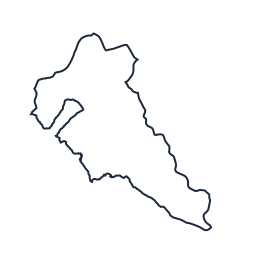 Lapusnicel, Caras-Severin, Romania (Robinson projection), rotated 190°
{"feature_id": "2599482B99041788642563", "entity_name": "Lapusnicel", "entity_type": "district", "adm_level": 2, "iso_a3": "ROU", "parent_name": "Romania", "parent_adm1": "Caras-Severin", "projection": "robinson", "projection_center": [22.192, 45.003], "detail": "fine", "context": "isolated", "style": "outline", "palette": "slate", "viewbox_px": 256, "rotation_deg": 190, "n_neighbors": 0, "source": "geoboundaries", "source_scale": "gbopen_adm2", "svg_char_len": 5757}
<svg xmlns="http://www.w3.org/2000/svg" viewBox="0 0 256 256"><g transform="rotate(190 128 128)"><path d="M225.8,124.9L225.1,125.2L224.9,125.2L223.6,124.9L222.3,124.5L221.0,124.6L220.5,124.3L220.2,123.9L220.1,122.7L219.9,122.2L219.2,121.7L218.6,120.8L218.3,120.6L218.0,120.3L217.7,119.5L217.5,119.3L216.9,118.9L216.1,118.7L215.7,118.5L215.5,118.3L215.4,117.8L215.0,117.2L214.5,116.9L213.3,116.2L212.2,114.7L211.8,113.7L211.6,113.5L211.2,113.2L210.3,112.9L209.4,113.0L208.5,113.4L207.5,113.6L205.2,114.0L205.0,114.6L204.8,115.4L204.4,115.7L203.3,117.5L203.3,117.8L203.4,118.3L203.2,118.7L202.3,120.4L201.9,121.0L201.9,122.5L201.8,123.5L201.6,124.0L201.3,124.4L200.9,124.9L200.9,125.2L200.9,125.5L200.7,125.7L200.6,126.0L200.2,126.4L200.0,126.7L199.6,127.2L199.0,128.2L198.7,129.0L198.1,129.8L197.8,131.0L197.3,131.9L197.2,132.4L196.4,134.0L195.9,134.6L195.4,135.8L195.4,136.0L195.6,136.4L195.8,138.1L195.5,138.4L194.8,141.8L195.0,143.3L195.0,143.6L194.9,143.9L193.8,145.0L192.1,145.8L191.7,145.8L189.3,145.6L187.5,146.5L186.1,146.1L185.8,145.8L184.8,145.9L184.4,145.6L183.6,145.4L181.6,144.7L178.7,142.3L176.1,139.8L175.3,138.3L176.0,137.5L179.8,134.5L180.9,133.7L181.1,133.1L181.9,131.9L183.0,130.4L183.6,130.0L184.5,128.9L185.5,128.2L187.0,125.8L187.4,124.3L188.0,123.2L188.6,122.5L188.9,122.3L189.6,121.6L189.7,121.3L190.6,119.7L190.9,119.6L191.1,119.1L191.5,118.7L191.4,118.5L192.2,117.2L192.9,116.3L194.0,115.3L194.3,114.8L195.2,112.7L195.2,111.6L195.3,111.4L196.0,110.8L196.2,110.5L196.4,109.8L196.4,108.3L196.7,108.1L197.7,107.7L197.3,107.2L195.1,106.7L193.6,106.2L193.5,105.8L193.7,105.1L193.7,104.8L193.6,104.5L191.7,102.0L191.3,102.2L189.7,103.5L188.7,104.0L187.8,103.9L186.8,103.5L186.5,103.3L186.5,103.1L186.5,102.3L186.3,101.7L185.9,101.1L183.7,99.4L182.6,98.8L182.1,98.4L181.6,97.7L181.2,97.3L179.7,96.6L179.0,95.6L177.7,94.0L176.1,93.4L175.4,93.7L174.2,93.8L173.6,93.9L173.4,94.1L172.7,94.5L172.1,94.3L171.5,94.5L170.4,94.1L169.9,93.5L169.6,93.6L169.6,94.0L169.3,93.7L169.2,93.3L169.0,93.2L168.8,93.4L168.7,93.4L168.6,93.2L168.8,92.6L168.6,92.4L168.7,91.6L168.8,91.4L169.2,91.2L169.3,91.1L169.2,90.9L168.8,90.8L168.7,90.5L168.8,90.3L169.0,90.3L169.7,89.8L169.8,89.4L169.7,89.3L169.4,89.2L169.0,89.1L168.9,88.7L169.5,88.5L169.3,88.3L169.5,88.1L169.4,88.0L169.1,88.0L169.0,87.7L168.8,87.5L168.8,87.4L169.1,87.0L168.8,86.6L168.3,86.3L168.2,86.1L166.1,84.4L163.0,81.0L160.4,78.9L159.5,77.9L159.4,77.4L159.1,76.5L158.8,75.8L157.6,74.4L157.4,74.2L157.3,73.5L157.2,72.6L156.7,71.3L155.6,69.1L154.1,68.7L154.1,69.9L154.0,70.3L153.6,71.1L153.1,71.6L151.6,72.1L149.7,71.8L149.2,71.9L148.1,72.4L147.2,72.5L146.7,73.1L146.6,73.4L146.2,74.0L144.4,76.0L144.2,76.3L143.9,76.7L143.5,77.7L142.9,77.1L142.7,77.0L142.4,77.1L142.2,77.3L141.8,78.2L141.4,78.8L141.2,79.1L140.4,79.6L138.8,79.5L138.2,79.4L137.7,79.1L136.4,78.3L136.3,78.1L137.0,77.5L137.1,77.3L137.0,77.2L136.3,76.8L135.4,76.7L135.2,76.7L134.7,77.0L134.2,77.1L133.0,77.6L132.2,78.5L131.8,78.8L130.6,79.3L129.3,79.5L128.5,79.7L127.5,79.7L125.5,78.7L125.2,78.5L123.9,78.1L123.3,78.2L122.8,78.7L122.6,79.0L122.0,79.7L121.4,80.1L121.0,80.1L120.4,79.8L119.9,79.3L119.2,79.1L118.8,78.6L118.2,78.3L117.9,78.0L117.2,77.0L117.1,76.4L117.1,76.0L116.9,75.7L116.5,75.1L116.0,74.8L114.9,73.7L113.9,72.4L113.7,72.3L113.1,71.4L112.6,70.9L112.0,70.6L111.1,70.7L110.5,70.9L109.6,70.3L108.8,69.6L107.7,69.4L107.1,69.1L105.8,68.3L104.4,67.8L102.7,66.4L101.7,66.0L101.3,65.9L100.6,65.6L100.0,65.2L98.0,64.7L96.2,63.9L95.7,63.8L94.6,63.7L92.6,63.2L91.9,62.8L91.3,62.3L89.6,61.7L88.7,61.0L87.7,59.8L86.1,58.9L84.4,57.2L82.0,56.0L81.0,56.4L79.5,56.5L78.3,56.2L77.7,55.5L76.8,54.8L75.1,53.4L72.7,51.6L71.2,49.3L67.9,47.8L64.3,47.3L62.2,47.2L58.9,46.6L54.1,44.9L50.7,44.9L45.2,44.0L40.6,43.0L34.9,40.9L33.8,40.9L32.5,41.1L31.3,41.9L29.0,44.3L29.4,45.3L30.0,46.1L31.0,46.7L32.6,47.4L34.1,48.2L35.6,49.4L37.5,52.0L38.2,54.1L38.3,55.7L37.7,57.1L35.9,59.3L34.8,61.5L34.7,63.1L34.5,70.3L34.8,71.5L35.6,73.0L36.1,74.5L36.3,76.4L37.0,77.1L39.3,78.2L40.3,79.1L41.5,79.8L45.7,79.6L46.8,79.3L48.4,78.4L50.2,77.7L51.9,77.9L55.8,79.1L58.0,80.2L58.3,80.7L58.7,81.5L59.0,82.4L59.4,85.1L60.1,86.9L61.5,89.0L63.3,90.5L67.1,91.6L71.0,92.5L73.0,93.3L74.0,94.5L74.4,95.8L74.2,97.8L74.2,99.8L75.0,102.0L77.7,107.5L78.5,108.3L82.3,110.0L83.4,111.6L83.4,113.0L83.5,114.4L83.8,115.8L84.1,117.1L86.8,119.5L89.2,122.0L91.7,126.5L93.0,127.4L94.1,127.5L95.4,127.3L96.6,127.0L98.5,126.4L99.1,125.9L100.7,126.1L101.5,127.4L102.7,130.1L103.9,131.8L104.7,132.3L108.5,133.4L109.3,133.7L110.7,135.1L111.4,136.9L111.4,138.5L111.8,140.0L113.2,140.9L114.4,141.8L114.7,142.9L114.5,144.2L114.1,145.5L113.9,148.1L114.4,148.9L116.7,151.6L119.1,154.9L121.7,158.1L122.7,159.9L124.3,164.3L125.5,164.1L127.2,164.4L129.0,164.8L130.3,165.6L131.0,166.4L131.8,167.1L132.9,167.5L134.0,167.9L134.8,168.6L136.7,171.2L138.4,172.7L137.0,173.8L135.9,175.2L135.6,175.7L134.3,178.5L133.2,180.5L132.7,182.9L132.5,185.2L133.4,189.8L133.5,191.7L132.9,193.5L132.1,195.2L130.5,197.0L132.3,197.8L134.1,198.7L135.4,200.1L138.0,203.5L140.8,206.8L143.3,209.4L144.3,209.5L145.4,209.3L147.3,208.4L156.1,203.5L160.6,201.7L162.6,200.7L163.8,201.1L165.8,203.5L167.2,205.9L168.8,208.3L170.4,210.6L172.2,212.8L174.3,213.9L176.6,214.7L178.2,215.1L180.3,212.7L182.3,212.3L184.2,211.8L187.2,210.1L189.2,208.4L190.8,205.6L191.9,202.6L192.9,196.2L193.9,193.2L194.1,190.5L195.2,185.8L196.4,181.9L197.9,178.1L199.3,175.9L200.9,174.2L202.7,172.7L206.0,171.1L208.0,170.4L209.2,169.7L210.9,165.7L213.6,164.0L216.4,163.2L217.8,162.5L219.9,162.0L224.0,160.0L224.8,159.0L225.4,156.4L226.4,151.8L227.0,150.5L224.7,147.7L224.2,146.7L223.9,145.6L223.9,143.7L224.7,139.3L224.4,137.3L222.9,134.6L221.6,131.9L222.4,130.7L223.2,129.6L225.0,127.5L225.8,124.9Z" fill="none" stroke="#1e293b" stroke-width="2"/></g></svg>